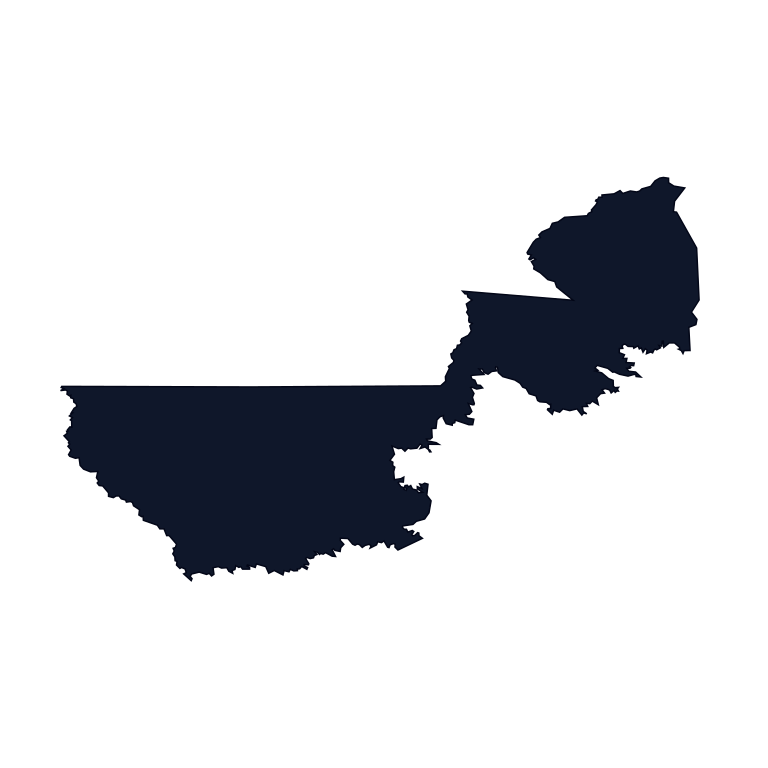 Santo Antônio do Leverger, Mato Grosso, Brazil, rotated 85°
{"feature_id": "56859067B54775252646208", "entity_name": "Santo Antônio do Leverger", "entity_type": "district", "adm_level": 2, "iso_a3": "BRA", "parent_name": "Brazil", "parent_adm1": "Mato Grosso", "projection": "equal_earth", "projection_center": [-55.385, -16.535], "detail": "fine", "context": "isolated", "style": "filled", "palette": "ink", "viewbox_px": 768, "rotation_deg": 85, "n_neighbors": 0, "source": "geoboundaries", "source_scale": "gbopen_adm2", "svg_char_len": 6147}
<svg xmlns="http://www.w3.org/2000/svg" viewBox="0 0 768 768"><g transform="rotate(85 384 384)"><path d="M359.4,705.9L360.7,703.2L362.4,706.8L362.2,701.7L363.4,700.0L366.5,700.7L368.6,698.1L368.0,697.0L370.4,697.3L371.6,694.6L375.0,694.6L376.7,692.5L379.6,691.9L381.3,694.9L385.7,698.2L385.8,696.8L388.4,700.2L390.3,697.3L392.4,699.6L393.3,698.4L399.9,698.8L399.3,700.5L400.2,701.5L402.1,703.3L403.2,702.7L403.4,704.3L405.5,703.8L407.7,707.3L414.0,702.5L415.1,703.5L416.5,702.3L418.5,704.3L422.5,701.4L426.9,704.4L428.6,703.4L431.1,697.9L430.8,694.2L438.6,693.8L442.6,690.7L445.9,684.1L446.2,676.7L452.3,678.6L455.9,676.6L457.6,678.3L460.3,676.6L461.0,673.1L468.4,667.9L471.9,668.2L473.6,663.5L472.2,660.7L472.4,657.7L475.5,655.7L477.1,651.5L479.2,650.9L479.0,646.8L480.1,644.9L483.5,644.1L487.9,638.5L493.1,639.6L495.1,636.9L494.8,635.5L498.8,635.6L504.9,622.1L508.8,619.9L509.1,615.8L516.1,613.7L516.3,611.2L525.5,604.6L528.7,606.1L529.3,608.4L532.1,607.5L534.8,609.2L537.9,607.4L541.8,607.5L542.7,605.6L546.2,606.5L549.9,603.4L549.1,601.7L550.9,598.3L554.7,597.4L555.7,600.1L563.1,593.2L561.2,592.2L558.8,593.9L556.5,592.2L555.3,584.5L558.2,577.4L557.4,574.6L560.2,572.5L558.7,570.0L552.1,570.3L551.5,565.0L553.2,561.9L553.3,556.6L557.0,554.9L559.4,551.2L556.6,551.6L555.8,548.7L552.0,547.5L554.0,544.6L553.5,542.5L556.1,541.1L556.7,534.0L555.0,533.9L553.3,536.6L552.3,535.9L555.5,528.3L552.1,526.8L555.6,517.7L562.5,515.3L560.2,509.6L565.4,501.3L561.2,499.8L562.8,495.0L560.5,493.5L562.3,490.2L562.4,486.5L560.9,486.5L560.7,484.1L558.6,481.9L561.9,477.0L560.2,476.1L558.2,479.4L556.9,479.3L557.5,475.0L556.4,474.6L551.0,477.3L550.1,475.8L551.5,472.8L551.0,469.4L548.8,468.4L548.0,465.7L544.9,467.8L545.7,465.1L548.2,463.1L547.3,461.9L548.2,459.4L546.9,456.9L551.0,450.7L551.6,447.3L544.6,450.1L543.7,448.6L545.5,447.4L547.0,442.3L543.3,441.4L540.2,438.0L536.0,441.2L533.8,440.9L534.8,433.4L540.8,429.2L542.1,426.9L541.1,424.7L541.8,422.5L544.9,419.9L543.1,416.8L542.4,412.6L544.2,411.0L546.2,412.1L543.6,405.5L540.6,404.0L541.8,400.3L540.3,397.7L546.9,394.6L547.4,393.3L544.7,391.9L543.8,388.5L544.6,386.8L547.4,387.3L550.6,384.6L541.1,359.2L538.2,362.4L535.5,362.3L535.0,363.4L537.5,366.5L537.7,368.8L536.5,369.4L533.5,367.2L532.4,368.6L533.6,373.2L530.7,374.3L530.4,376.7L528.2,378.2L527.0,377.5L526.4,367.4L523.6,363.8L522.0,355.3L516.2,350.4L504.5,347.3L498.5,351.1L487.7,348.9L486.4,352.1L487.5,354.8L486.7,357.1L491.6,355.2L489.1,359.8L491.4,359.9L495.3,354.9L495.4,359.1L492.5,360.9L491.1,364.8L487.5,366.2L488.7,368.5L486.9,369.6L487.0,371.9L489.2,372.9L487.7,376.2L483.7,378.5L482.8,377.3L483.4,373.3L478.5,372.4L479.8,375.4L480.2,382.0L472.2,382.0L467.8,380.5L466.0,382.5L462.7,382.0L460.6,384.8L454.9,379.7L446.4,381.5L449.6,375.4L449.4,372.0L452.8,369.0L449.9,365.7L450.9,363.2L450.8,356.8L446.9,353.3L448.3,351.4L451.4,353.6L450.3,348.6L453.1,345.5L447.9,345.1L448.9,334.6L447.0,337.1L444.4,345.7L442.6,346.5L442.9,342.7L441.5,340.7L432.5,340.4L432.7,336.1L424.4,334.4L421.6,331.2L420.6,327.5L422.9,328.0L429.0,325.5L431.0,319.6L429.2,319.4L428.7,316.9L426.2,316.2L432.0,302.9L432.3,299.2L426.9,297.6L425.1,304.0L421.6,305.7L421.6,301.6L419.1,298.9L410.7,301.8L412.4,297.7L412.5,296.2L411.3,295.7L405.0,297.1L401.3,295.2L395.2,298.1L394.8,296.9L397.1,292.1L396.5,286.1L393.8,288.1L393.1,291.5L388.1,293.2L386.8,295.9L384.8,296.6L383.5,296.7L383.0,295.0L383.2,283.6L377.2,288.1L377.7,284.7L381.3,283.2L383.3,279.5L380.9,275.6L380.7,270.8L377.3,271.6L376.5,271.1L377.3,269.5L382.6,269.1L387.0,265.0L391.4,253.3L395.2,248.3L399.2,246.1L400.8,242.8L406.4,240.2L409.1,233.6L413.8,232.4L415.3,230.3L416.4,223.7L419.0,220.8L418.7,219.7L422.8,220.1L422.9,222.9L423.9,223.4L428.8,219.0L424.9,217.3L427.4,211.5L424.4,207.9L426.7,201.3L425.6,193.9L432.2,189.6L430.2,187.6L431.4,184.6L428.7,187.9L423.8,188.5L424.1,183.0L420.9,184.1L421.5,180.7L419.2,178.0L423.3,172.3L416.3,173.4L412.5,169.1L412.3,165.1L408.7,167.3L407.9,164.2L408.7,161.7L409.7,159.7L412.7,158.5L410.5,155.3L412.5,154.4L411.2,152.5L411.5,151.1L409.3,152.0L407.8,150.7L407.8,154.0L406.4,155.7L400.4,155.4L398.2,159.8L391.9,166.1L389.5,172.4L389.0,169.7L386.4,172.5L384.0,170.0L387.9,159.7L392.2,155.1L392.0,153.6L394.8,148.6L397.4,140.2L396.2,133.9L396.7,132.3L398.5,132.2L399.4,127.5L394.0,132.3L392.6,139.1L389.5,140.9L389.8,137.6L389.2,136.8L388.2,137.9L387.1,136.2L387.5,133.7L384.9,132.9L383.7,141.0L379.7,139.8L379.3,143.9L375.8,141.9L373.3,146.9L369.2,146.4L369.3,143.0L366.7,143.5L365.4,141.8L365.4,140.1L367.8,137.6L368.5,132.2L370.1,132.0L368.1,127.6L371.3,126.6L370.5,124.5L374.9,123.2L371.6,120.6L373.3,118.9L376.7,119.9L375.4,115.6L376.4,113.7L373.5,112.0L372.8,110.8L373.7,109.4L372.0,105.5L369.6,106.8L370.5,103.9L365.6,103.2L365.6,102.0L371.9,102.1L367.9,96.2L368.4,91.0L373.1,86.4L374.8,86.3L375.0,87.5L376.6,84.9L379.7,83.5L376.9,82.1L377.3,76.2L354.1,75.4L352.0,68.1L346.9,66.6L339.2,71.5L327.8,62.8L275.8,60.7L238.3,77.6L237.6,80.7L227.2,78.6L214.9,67.3L212.1,78.0L208.3,82.9L203.8,82.6L202.6,87.7L202.9,91.3L205.2,96.2L210.4,101.1L212.1,110.1L214.1,112.6L214.7,115.6L213.2,121.8L215.0,129.5L211.9,132.0L214.6,138.2L214.7,150.4L217.0,150.5L216.6,153.7L219.0,155.2L218.9,156.5L220.1,157.3L221.3,155.5L223.9,157.2L228.7,162.2L230.4,161.9L231.9,165.5L234.1,166.9L233.7,189.6L237.7,196.4L238.6,202.3L243.5,205.1L246.2,213.3L249.1,216.8L251.8,215.4L253.0,219.7L255.8,222.9L265.5,230.0L267.1,229.5L268.3,225.9L272.1,228.8L273.0,227.7L271.3,224.0L273.0,222.0L274.9,226.5L279.8,224.2L282.4,224.8L286.8,218.6L294.3,211.6L296.8,204.9L302.4,203.5L317.1,188.2L298.4,297.6L301.3,295.4L301.5,293.3L304.6,292.9L308.0,289.0L311.5,295.0L317.4,293.8L319.7,295.4L323.9,293.3L328.2,294.1L329.9,293.7L331.4,290.8L333.5,293.4L338.8,292.4L342.9,295.8L345.6,302.6L347.9,304.0L349.8,303.1L351.7,305.1L351.8,307.5L355.1,308.6L356.0,311.3L358.9,312.7L359.9,314.8L363.9,314.3L366.5,312.3L368.6,313.0L372.2,318.3L374.2,317.5L382.1,322.2L386.6,322.3L390.8,327.8L375.4,516.2L358.3,705.2L359.4,705.9ZM489.2,372.9L489.9,370.3L491.9,371.1L490.6,373.6L489.2,372.9ZM453.1,345.5L455.6,344.5L455.6,343.2L453.7,344.2L453.1,345.5Z" fill="#0f172a" stroke="#020617" stroke-width="1.5"/></g></svg>